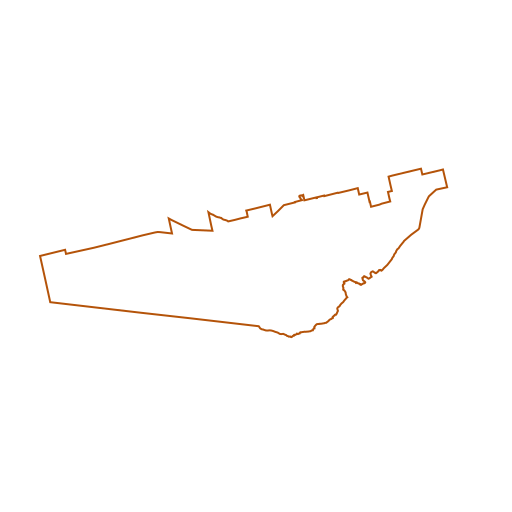 outline of Marcos Juárez, Córdoba, Argentina, rotated 65°
{"feature_id": "61730980B3825468035519", "entity_name": "Marcos Juárez", "entity_type": "district", "adm_level": 2, "iso_a3": "ARG", "parent_name": "Argentina", "parent_adm1": "Córdoba", "projection": "natural_earth1", "projection_center": [-62.056, -32.995], "detail": "fine", "context": "isolated", "style": "outline", "palette": "amber", "viewbox_px": 512, "rotation_deg": 65, "n_neighbors": 0, "source": "geoboundaries", "source_scale": "gbopen_adm2", "svg_char_len": 5932}
<svg xmlns="http://www.w3.org/2000/svg" viewBox="0 0 512 512"><g transform="rotate(65 256 256)"><path d="M256.6,50.0L256.0,53.4L252.4,70.8L246.6,69.6L240.7,98.6L240.1,102.3L248.2,104.1L254.5,105.4L253.7,109.3L260.5,110.8L263.3,111.3L261.7,119.9L261.6,122.5L260.0,130.9L254.9,129.8L254.9,130.2L245.6,128.2L243.9,136.5L237.5,135.1L235.9,143.7L233.6,154.9L233.2,155.1L230.6,168.8L230.0,168.7L228.5,176.2L229.2,176.4L229.1,176.7L228.4,176.5L226.0,188.6L220.6,187.4L220.6,188.3L220.8,188.6L220.5,188.6L220.3,189.1L220.0,189.9L220.0,190.3L219.8,191.0L219.9,191.3L220.3,191.6L220.6,191.7L221.8,191.4L222.3,191.4L222.8,191.3L223.3,191.4L223.6,191.2L224.2,191.1L224.6,190.8L224.6,190.7L224.8,190.7L223.5,197.9L223.9,198.0L221.7,209.3L224.6,217.2L226.9,224.2L224.7,223.8L215.4,221.7L214.5,226.5L213.4,232.2L212.6,236.4L210.7,245.6L212.3,245.8L216.9,246.9L216.7,248.1L215.4,254.0L214.3,260.1L212.9,266.6L212.2,266.9L211.6,267.4L211.4,267.6L210.5,268.5L209.5,269.8L208.6,270.6L207.8,271.0L207.1,271.3L206.8,271.4L206.4,272.1L205.5,272.9L205.1,273.7L204.7,274.1L204.2,274.7L203.3,275.6L202.2,276.3L202.0,276.5L201.8,276.6L201.5,276.8L200.4,277.5L200.2,277.9L199.8,278.1L199.5,278.5L199.1,278.8L198.4,279.5L197.3,280.0L196.2,280.6L209.5,283.7L214.7,284.8L211.1,291.7L205.4,302.7L205.1,303.1L197.7,309.2L187.7,317.3L185.1,319.2L193.9,321.2L200.1,322.6L194.1,332.4L193.3,333.8L192.7,335.0L192.0,337.5L189.4,349.9L182.6,386.2L182.5,386.5L181.5,391.8L180.0,399.5L173.8,427.3L169.7,426.4L164.7,451.7L189.1,457.1L210.9,462.0L258.6,384.6L284.9,341.5L320.8,283.2L322.4,282.9L322.8,282.9L323.7,282.6L325.0,281.6L325.7,280.5L326.4,279.9L327.2,279.0L327.5,278.7L327.8,278.3L328.7,276.4L328.9,275.6L329.4,274.6L330.1,273.5L331.3,272.1L333.0,270.5L333.4,270.0L334.5,268.8L335.0,268.4L335.4,268.2L336.8,267.2L337.1,266.7L337.6,265.8L337.8,265.0L338.1,264.2L340.1,262.5L340.4,262.1L341.6,261.6L342.3,260.7L342.5,260.6L343.1,260.2L343.2,259.5L343.5,258.9L343.8,258.6L344.2,258.6L344.3,258.5L344.5,258.1L344.4,257.4L344.0,256.3L344.1,255.9L344.2,255.7L344.3,255.3L344.2,255.2L343.8,255.2L343.7,255.1L343.6,254.8L343.6,254.5L344.0,254.1L344.1,253.8L344.1,253.4L344.0,252.9L344.0,252.5L343.7,252.0L343.6,251.7L343.8,251.5L344.3,251.3L344.5,251.0L344.5,250.4L344.4,249.9L344.7,249.3L344.7,249.1L344.2,248.8L344.0,248.5L343.9,248.1L344.0,247.7L344.3,247.4L344.4,246.5L344.6,246.0L344.9,244.9L345.1,244.3L345.2,243.8L345.3,243.7L345.7,243.0L345.8,242.6L346.0,242.1L346.1,241.7L346.5,240.9L346.8,239.6L347.1,238.9L347.2,238.2L347.1,237.7L347.1,237.3L347.0,236.8L347.1,236.4L347.1,235.9L347.3,235.8L347.2,235.6L346.8,235.3L346.2,234.6L346.1,234.1L346.3,233.6L346.0,233.4L345.7,233.6L345.3,233.3L345.2,233.2L344.8,233.0L344.7,232.7L344.2,231.8L343.9,230.9L343.7,230.6L343.5,229.5L344.1,227.9L344.3,227.5L344.2,227.3L344.3,227.0L344.6,226.5L344.8,225.8L345.1,225.1L345.2,224.7L345.3,224.2L345.8,222.5L345.8,221.8L346.2,220.5L346.1,220.1L345.9,219.7L345.9,219.0L345.6,218.2L345.3,217.1L345.0,216.7L344.9,216.3L344.8,215.3L344.9,214.6L344.9,214.4L344.7,214.2L344.7,213.9L344.6,213.5L344.7,213.1L344.8,212.8L344.7,212.5L344.5,212.4L344.0,212.4L343.7,212.3L343.4,211.5L343.1,210.6L343.1,210.3L343.2,210.1L343.1,209.8L342.7,209.5L342.6,208.8L343.0,208.2L342.9,208.0L342.0,206.8L341.6,206.5L340.6,205.2L340.4,205.0L340.3,204.9L339.9,204.9L338.1,204.6L337.8,204.4L337.4,203.9L337.1,203.2L336.9,202.6L337.0,202.0L336.7,201.5L336.5,200.9L336.1,200.6L335.2,198.7L334.6,196.4L333.7,194.9L332.9,193.1L332.6,192.3L332.2,191.7L332.0,190.7L331.5,190.8L331.2,190.9L330.1,190.9L328.4,190.7L327.3,190.3L326.8,190.2L326.3,190.3L325.9,190.2L325.3,190.4L325.0,190.4L324.2,190.6L324.0,190.9L323.8,191.0L323.7,191.1L323.1,191.1L322.9,191.0L322.1,190.4L321.6,190.2L320.5,190.2L320.0,190.0L319.7,189.8L319.2,189.7L318.9,189.4L318.8,188.9L318.8,188.7L318.5,188.3L318.4,187.6L318.1,187.6L317.9,187.8L317.8,187.7L317.8,187.4L317.6,187.3L317.5,187.2L317.3,187.2L316.7,187.5L316.5,187.4L316.4,187.3L316.4,187.1L316.4,186.9L316.5,186.7L316.6,186.2L316.5,185.8L316.8,185.0L316.7,184.8L316.8,184.1L316.7,183.7L316.9,183.1L316.7,181.8L316.4,181.6L316.4,181.4L316.5,181.2L316.9,181.0L317.1,180.6L317.3,180.4L317.8,180.2L318.0,179.8L318.2,179.7L318.7,179.6L319.1,179.1L319.3,179.0L320.3,178.3L321.6,177.1L321.7,176.8L321.9,176.5L322.2,176.4L322.4,176.5L322.4,176.4L322.3,176.1L322.5,175.9L322.7,175.7L323.3,175.8L323.7,175.1L324.2,174.7L324.3,174.4L324.6,174.4L324.8,174.2L325.2,174.0L325.3,173.8L325.3,173.6L325.5,173.3L325.9,173.2L326.2,173.4L326.4,173.2L326.3,172.9L326.4,172.7L326.5,172.6L326.3,172.1L326.4,171.5L326.3,171.3L326.2,170.6L326.2,170.3L326.4,170.0L326.2,169.8L326.2,169.5L326.3,169.2L326.1,168.9L326.1,168.7L326.3,168.5L326.0,168.1L325.7,168.1L325.3,168.5L324.9,168.4L324.7,168.5L324.1,168.8L323.7,169.1L323.2,169.3L322.4,169.2L321.9,169.1L321.7,169.1L321.4,168.9L320.8,168.9L320.7,168.7L320.9,168.2L320.4,167.6L320.2,167.1L320.3,167.0L320.1,166.8L320.0,166.6L320.2,166.2L320.6,166.0L321.7,165.2L322.1,164.7L322.6,164.5L322.9,164.4L323.6,163.9L324.1,163.7L324.2,163.4L324.1,162.6L324.1,162.3L323.9,161.8L323.9,161.4L323.7,160.8L323.7,160.0L323.5,159.9L322.2,160.0L320.5,159.8L320.3,159.7L320.2,159.5L319.9,159.2L319.7,159.1L319.3,158.3L319.2,158.1L319.3,157.3L319.2,156.8L319.4,156.5L321.7,155.2L321.9,155.0L321.9,154.8L322.1,154.8L322.3,154.5L322.3,154.3L322.2,154.2L322.0,153.3L322.0,152.8L321.8,152.5L321.7,152.1L321.4,151.6L321.3,151.4L321.2,150.6L321.0,150.3L321.0,150.0L320.9,150.0L321.0,149.6L321.2,149.2L321.5,149.2L321.6,148.8L322.0,148.7L322.3,148.5L322.2,147.9L322.0,147.2L321.0,145.1L319.6,140.8L316.4,134.5L316.1,134.0L315.8,133.8L315.1,132.9L314.4,131.4L313.0,130.1L311.8,127.7L311.0,127.1L309.6,125.1L309.4,123.9L309.2,123.4L307.8,121.1L305.4,116.1L304.9,115.4L304.7,114.7L302.3,106.3L300.6,97.8L300.3,97.1L299.9,96.5L299.4,96.0L298.3,95.2L284.1,85.2L280.6,81.2L275.5,74.8L274.9,73.9L272.0,64.6L274.5,53.7L256.6,50.0Z" fill="none" stroke="#b45309" stroke-width="2"/></g></svg>